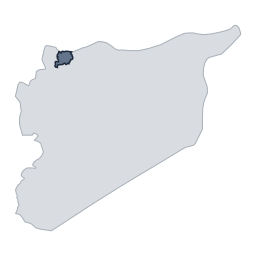 A'zaz, Aleppo, Syria shown in context
{"feature_id": "27442178B26836039619487", "entity_name": "A'zaz", "entity_type": "district", "adm_level": 2, "iso_a3": "SYR", "parent_name": "Syria", "parent_adm1": "Aleppo", "projection": "robinson", "projection_center": [37.201, 36.467], "detail": "fine", "context": "in_parent", "style": "filled", "palette": "slate", "viewbox_px": 256, "rotation_deg": 0, "n_neighbors": 0, "source": "geoboundaries", "source_scale": "gbopen_adm2", "svg_char_len": 3492}
<svg xmlns="http://www.w3.org/2000/svg" viewBox="0 0 256 256"><path d="M19.8,82.1L22.4,82.4L27.9,85.6L28.8,85.5L30.4,81.2L32.1,79.8L35.4,78.5L36.4,71.6L38.0,70.3L39.9,69.6L42.8,69.4L45.4,69.0L45.5,67.8L42.0,59.8L42.3,57.8L44.1,49.8L45.1,46.6L46.2,45.6L50.2,46.0L55.8,47.4L57.3,49.7L60.1,51.8L64.2,51.6L69.0,52.0L72.7,52.1L75.7,50.7L82.4,48.0L85.8,47.1L88.8,45.9L98.5,41.5L102.4,41.8L105.1,42.4L107.1,43.1L111.7,46.1L115.5,49.2L118.2,50.1L123.0,50.0L129.9,50.6L138.4,50.6L143.3,49.7L149.6,48.2L160.8,44.6L175.6,37.1L184.2,33.4L188.0,33.0L192.9,32.9L197.8,33.9L203.3,34.6L205.9,34.5L211.9,33.8L219.6,32.2L224.5,31.0L230.4,29.0L234.0,25.6L235.2,25.2L236.7,25.8L237.4,26.0L239.0,28.0L240.6,33.0L240.6,33.5L240.4,34.9L236.6,39.0L231.5,44.6L227.8,48.1L221.5,54.0L216.8,55.3L208.9,57.5L206.8,59.5L204.8,62.9L203.7,67.4L203.4,70.3L203.3,75.6L205.3,81.2L207.1,86.5L207.4,90.0L207.3,93.5L205.6,97.2L203.8,102.3L202.8,108.0L202.4,118.7L202.5,127.9L202.3,129.4L199.1,135.9L195.3,143.5L193.6,145.2L185.1,147.5L175.9,153.0L165.6,159.3L156.3,164.9L146.4,170.8L136.2,176.9L128.9,181.3L119.2,187.2L110.3,192.8L101.2,198.5L94.3,202.8L83.9,209.6L77.8,213.6L68.7,219.5L60.8,224.7L51.4,230.8L39.6,229.0L35.9,227.9L32.8,225.0L30.6,223.5L25.0,221.9L21.5,216.4L19.3,214.4L15.6,213.5L17.2,210.0L17.5,207.7L19.1,204.9L18.1,203.0L17.7,199.1L17.0,198.1L16.7,197.1L17.3,195.8L17.1,194.5L16.4,194.0L16.1,192.0L15.6,190.5L15.9,188.8L16.7,187.6L17.6,185.4L18.6,184.7L20.2,183.3L20.6,181.9L22.0,180.5L23.9,179.3L24.3,178.4L24.1,177.9L22.2,176.8L21.1,175.0L22.1,172.3L22.7,171.5L23.8,170.2L26.4,168.2L28.3,167.9L30.1,167.9L33.0,168.0L35.2,168.4L35.8,167.9L35.7,167.2L32.9,165.6L32.8,164.3L33.5,162.9L35.5,160.8L37.8,159.2L39.0,158.9L41.7,155.7L43.4,152.1L40.7,143.3L39.0,142.0L36.3,140.8L34.6,140.6L34.5,140.0L36.7,137.8L38.2,135.9L36.5,134.0L33.5,133.2L32.4,135.1L28.5,135.2L22.5,135.2L19.9,126.0L19.5,122.0L19.6,117.4L21.4,110.7L20.6,107.5L20.5,105.4L20.1,102.5L15.4,96.3L18.0,84.9L19.8,82.1Z" fill="#d9dde1" stroke="#a8b0b8" stroke-width="1"/><path d="M68.9,63.7L69.0,63.5L69.2,63.0L69.5,62.2L69.9,61.8L70.1,61.4L70.3,60.8L70.7,60.1L70.6,59.9L70.6,59.6L70.8,59.6L71.0,59.6L71.3,59.6L71.5,59.5L71.9,59.4L72.0,59.3L72.4,59.2L72.5,59.1L72.6,58.9L72.7,58.5L72.7,58.3L72.8,57.7L72.6,56.8L72.5,56.5L72.4,56.3L72.2,56.1L72.1,55.6L72.0,55.2L71.9,54.6L71.7,54.4L71.0,54.1L70.7,53.7L71.0,53.1L71.2,52.6L71.4,52.3L71.5,52.1L71.6,51.9L71.3,51.9L70.6,51.7L70.2,51.7L69.8,51.7L69.3,51.7L69.2,51.7L68.4,51.4L68.2,51.4L67.1,51.3L66.9,51.3L66.4,51.3L65.5,51.3L64.5,51.7L64.3,51.7L64.2,51.7L63.9,51.7L63.5,51.6L63.4,51.5L63.2,51.4L62.8,51.3L62.7,51.3L62.2,51.4L62.0,51.5L61.9,51.6L61.8,51.8L61.7,52.0L61.4,52.8L61.2,52.9L61.1,53.0L60.9,53.0L60.8,52.9L60.6,52.7L60.1,52.3L60.1,52.2L59.9,52.1L59.7,51.9L59.5,51.7L59.2,51.7L58.8,51.7L58.7,52.1L58.7,52.5L58.4,53.2L57.8,54.0L57.2,55.2L57.2,55.4L57.2,55.6L57.1,56.2L57.1,56.6L57.5,56.6L58.0,56.9L57.7,57.6L57.3,58.2L57.4,58.6L58.0,59.3L58.5,60.4L58.5,60.8L58.5,61.4L58.2,61.9L57.8,62.0L57.2,61.6L56.6,61.5L55.5,61.6L55.3,62.1L55.2,62.9L55.4,63.8L55.4,64.6L55.2,65.4L54.9,66.1L55.7,67.1L56.6,67.2L57.0,67.4L57.4,67.5L57.4,66.6L57.5,65.8L57.5,65.3L57.7,65.0L58.0,65.1L58.3,65.0L58.6,65.0L59.1,64.8L59.3,64.7L59.8,64.7L60.4,64.6L61.1,64.6L61.7,64.6L62.2,64.5L62.5,64.5L62.9,64.4L63.2,64.0L63.5,63.7L63.8,63.5L64.2,63.3L64.6,63.2L65.0,63.2L65.2,63.5L65.4,64.0L65.7,64.4L65.9,64.5L66.7,64.2L67.2,63.8L67.9,63.4L68.0,63.4L68.4,63.1L68.9,63.7Z" fill="#64748b" stroke="#1e293b" stroke-width="1.5"/></svg>